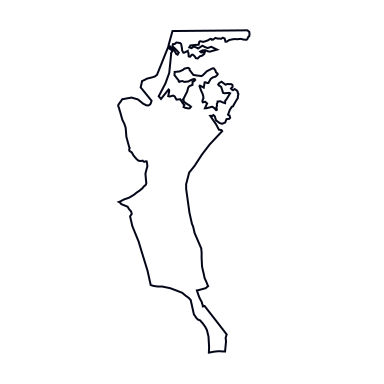 outline of MIt Salsil, Ad Daqahliyah, Egypt, rotated 354°
{"feature_id": "37247803B51096510617520", "entity_name": "MIt Salsil", "entity_type": "district", "adm_level": 2, "iso_a3": "EGY", "parent_name": "Egypt", "parent_adm1": "Ad Daqahliyah", "projection": "robinson", "projection_center": [31.823, 31.238], "detail": "fine", "context": "isolated", "style": "outline", "palette": "ink", "viewbox_px": 384, "rotation_deg": 354, "n_neighbors": 0, "source": "geoboundaries", "source_scale": "gbopen_adm2", "svg_char_len": 5118}
<svg xmlns="http://www.w3.org/2000/svg" viewBox="0 0 384 384"><g transform="rotate(354 192 192)"><path d="M118.3,194.3L119.2,194.9L120.5,196.7L125.3,199.3L126.4,199.9L127.7,202.6L129.4,205.0L129.7,206.9L129.8,207.5L127.9,209.7L128.0,210.8L129.1,219.7L133.7,235.6L135.8,246.6L138.9,262.4L139.6,266.0L141.2,280.2L143.9,281.4L148.0,282.4L152.5,282.9L160.3,285.4L165.1,287.8L171.7,291.2L174.9,294.5L177.6,296.9L179.4,299.3L181.1,313.9L183.4,318.1L184.7,319.6L185.8,320.1L186.6,320.5L189.3,324.3L191.1,327.6L192.4,330.9L193.3,337.5L192.8,347.9L192.0,353.5L197.2,353.1L201.9,353.1L205.4,353.7L208.2,354.1L210.2,344.3L210.2,340.6L211.6,337.3L203.2,323.7L192.6,306.7L190.8,306.9L190.8,306.0L190.8,305.0L190.3,304.1L190.3,302.7L188.5,298.4L187.6,295.1L186.8,291.4L186.6,290.4L187.2,290.4L190.0,290.0L195.5,289.1L198.2,287.3L197.8,286.3L196.9,283.0L195.5,278.8L195.1,274.5L194.7,271.7L194.2,267.0L194.7,258.1L195.2,253.8L195.3,249.1L190.3,233.1L189.5,226.5L188.6,223.6L187.3,212.3L186.5,188.3L187.0,183.6L191.2,172.4L197.2,166.4L205.9,155.7L214.7,146.4L228.4,134.6L227.6,133.4L225.3,132.9L223.0,127.2L221.7,124.8L218.1,118.2L219.0,118.2L219.9,118.7L221.3,117.7L222.6,119.2L223.1,122.0L223.5,123.4L226.7,126.3L229.0,127.3L232.2,126.4L234.0,123.1L236.8,123.1L237.7,122.2L237.3,119.8L236.4,119.4L235.9,118.9L238.2,114.2L240.5,111.4L241.9,111.0L242.4,110.0L246.1,104.9L247.4,103.5L247.5,102.1L248.4,99.3L247.9,98.3L247.9,96.9L247.0,95.5L245.2,94.1L243.4,95.0L242.5,94.5L241.6,93.1L243.4,91.7L243.4,89.8L242.5,88.9L238.4,88.3L236.6,88.8L232.9,85.4L230.6,86.4L229.3,87.7L229.7,88.7L231.5,90.1L232.0,90.6L232.9,94.8L233.3,96.7L234.7,97.2L239.3,97.3L240.2,97.8L236.0,103.4L234.6,104.7L234.2,107.1L231.9,106.1L229.6,104.7L226.9,104.7L226.8,105.6L225.9,107.0L225.9,108.9L225.4,109.8L225.0,110.7L225.4,112.2L225.0,113.1L224.5,113.1L223.2,111.2L222.2,110.2L220.9,109.3L215.4,110.2L213.6,110.1L216.3,105.5L214.5,103.6L212.2,104.0L211.8,103.1L212.2,101.6L213.2,99.8L213.2,97.9L212.7,95.1L211.8,92.7L210.5,87.5L211.0,87.0L214.6,89.4L215.5,86.2L216.0,84.3L216.9,84.3L218.8,85.3L219.7,85.3L222.4,81.5L224.7,80.2L227.5,79.7L229.8,77.9L229.8,76.9L228.4,75.5L228.0,73.6L226.6,71.3L225.3,71.2L223.9,71.7L219.3,73.5L216.5,75.8L214.7,77.2L213.3,77.7L211.5,77.2L209.2,76.7L205.6,75.7L202.4,70.5L202.4,69.1L201.0,68.1L197.4,68.5L196.0,69.5L192.3,70.8L187.3,70.8L186.8,74.0L190.4,79.7L190.4,80.7L190.9,81.2L192.3,80.7L194.1,80.7L195.9,81.7L197.7,81.7L200.0,81.7L201.9,80.8L205.1,79.9L206.4,79.9L206.9,80.9L205.1,82.3L204.1,82.3L203.7,85.5L200.5,86.4L200.0,86.9L199.1,87.8L197.7,91.6L193.5,98.1L193.5,98.6L192.6,99.0L193.9,101.9L194.9,102.8L196.7,104.3L198.0,105.2L199.9,107.1L198.5,108.5L197.1,108.5L193.9,107.5L192.5,106.6L193.0,105.2L193.5,104.7L193.0,104.2L192.1,102.8L189.9,98.5L188.9,98.5L186.2,98.5L184.8,95.2L183.5,94.2L183.0,94.2L179.8,94.7L178.4,94.2L179.8,89.5L179.9,88.1L179.4,87.6L170.9,96.2L168.9,93.3L176.9,81.3L181.8,71.2L183.7,62.2L185.6,52.9L185.6,51.9L187.0,50.1L186.5,48.6L184.7,47.2L183.4,45.4L169.4,71.9L168.7,72.2L167.3,73.2L164.9,73.7L164.5,73.8L162.3,74.1L160.2,74.4L158.9,74.6L157.8,75.1L155.9,75.8L154.3,76.4L153.9,76.5L153.7,77.3L153.5,77.7L153.1,79.1L152.6,80.5L151.9,82.6L161.3,97.0L160.9,98.1L160.1,99.8L159.3,100.6L158.0,101.3L157.6,101.3L156.0,101.1L155.6,101.0L153.5,99.6L152.7,99.1L149.9,96.3L147.9,94.3L145.5,93.3L141.8,91.8L141.4,91.8L138.8,92.0L137.0,92.1L135.9,92.2L133.1,92.4L132.4,92.4L131.2,93.8L129.5,95.7L128.0,97.4L127.7,98.1L127.6,98.5L128.3,101.5L128.6,103.6L128.8,104.2L128.9,104.8L129.4,107.8L130.3,113.0L131.8,117.0L132.6,120.5L132.7,121.8L132.7,123.4L132.5,130.1L132.6,130.9L134.1,140.0L134.2,140.7L134.6,141.6L133.9,143.4L134.1,144.6L136.3,146.4L137.7,149.7L138.8,151.3L140.5,153.7L141.9,155.1L142.3,155.4L144.5,155.8L146.3,155.7L146.7,156.2L147.0,156.7L147.9,157.0L149.2,156.6L150.1,156.8L150.3,159.2L150.3,161.8L148.6,166.1L147.6,168.9L147.6,169.7L147.5,173.0L147.5,178.3L146.9,179.9L146.4,180.3L144.9,181.3L142.8,183.3L139.6,185.4L137.4,186.5L137.0,186.7L134.3,188.5L131.4,189.9L130.4,190.4L128.4,191.2L123.6,192.3L119.4,194.0L118.3,194.3ZM190.8,30.0L189.4,29.9L184.1,43.4L187.9,48.2L188.8,49.1L190.2,51.5L190.6,52.9L192.0,53.9L193.4,52.0L190.2,47.7L188.4,45.8L187.9,44.9L188.4,43.0L190.2,43.0L192.1,41.7L195.7,42.6L196.6,43.6L197.0,47.4L197.0,50.2L197.9,52.5L198.8,52.6L201.6,51.6L202.5,51.2L202.5,52.1L203.0,53.5L202.9,56.8L204.3,57.3L206.1,55.5L207.1,55.5L208.0,56.4L208.9,57.4L209.8,59.3L211.6,59.8L213.9,57.9L216.2,57.5L218.5,56.1L219.4,54.2L215.8,54.2L214.9,53.2L217.1,52.3L219.9,52.3L222.6,53.8L224.5,54.3L231.8,53.0L226.3,49.6L222.6,50.5L219.9,49.1L217.6,47.6L214.9,49.0L213.0,49.9L212.6,49.4L208.9,47.5L206.6,48.9L204.4,47.9L205.7,46.1L207.6,46.1L210.8,46.1L214.0,46.2L214.9,43.4L215.8,42.9L219.0,43.9L223.2,43.0L226.4,41.6L227.7,42.1L227.7,42.6L229.1,42.6L230.5,41.7L231.4,41.2L233.7,42.2L235.1,42.2L236.9,42.7L238.7,41.8L240.5,42.7L241.0,46.0L242.3,46.1L244.2,45.1L245.1,44.7L249.7,44.3L253.3,44.8L256.5,44.8L259.3,45.8L262.0,46.3L262.9,45.9L264.3,43.5L265.2,43.1L265.7,41.2L265.7,38.8L264.0,37.0L234.6,34.2L191.7,30.1L190.8,30.0Z" fill="none" stroke="#020617" stroke-width="2"/></g></svg>